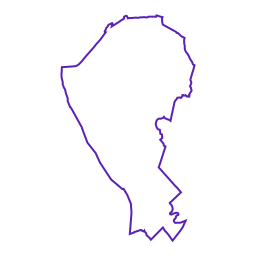 Huehuetlán, San Luis Potosí, Mexico (Robinson projection)
{"feature_id": "50627088B39544004778747", "entity_name": "Huehuetlán", "entity_type": "district", "adm_level": 2, "iso_a3": "MEX", "parent_name": "Mexico", "parent_adm1": "San Luis Potosí", "projection": "robinson", "projection_center": [-98.974, 21.517], "detail": "fine", "context": "isolated", "style": "outline", "palette": "violet", "viewbox_px": 256, "rotation_deg": 0, "n_neighbors": 0, "source": "geoboundaries", "source_scale": "gbopen_adm2", "svg_char_len": 3991}
<svg xmlns="http://www.w3.org/2000/svg" viewBox="0 0 256 256"><path d="M185.7,220.6L184.3,221.2L183.0,221.7L180.7,222.6L180.2,222.7L175.1,222.8L174.4,221.9L173.9,221.2L173.8,220.5L174.0,219.8L174.4,219.3L175.2,218.8L175.3,218.3L175.7,217.9L175.9,217.6L175.9,216.9L176.1,216.4L176.4,215.8L176.8,215.5L177.5,215.2L178.1,215.0L178.4,214.6L178.5,214.2L178.3,213.7L178.1,213.4L177.9,213.2L177.7,213.0L177.4,212.8L176.7,212.8L175.9,212.8L173.5,213.6L172.1,214.3L171.5,214.5L170.4,214.4L170.2,214.1L170.0,213.9L169.9,213.5L170.3,212.8L170.7,212.5L171.3,212.2L171.8,211.7L172.2,211.0L172.5,210.0L172.7,209.2L172.6,208.2L172.5,207.6L172.3,206.8L172.0,206.1L171.8,205.7L171.6,205.1L170.9,204.4L170.4,204.1L170.1,203.6L169.8,203.3L169.8,202.8L170.5,202.2L171.0,201.8L174.9,198.1L181.0,192.3L178.6,189.5L176.9,187.5L175.2,185.9L172.3,182.6L158.7,167.4L159.8,164.3L165.5,146.5L163.9,145.7L163.5,143.6L160.2,139.7L162.3,138.0L162.0,135.7L161.9,134.4L160.4,133.9L159.8,129.7L157.8,129.2L156.5,126.9L155.7,124.2L156.5,120.8L157.6,119.3L159.1,118.6L160.9,118.7L163.1,117.8L163.9,116.8L165.1,118.3L168.4,119.7L168.7,119.7L169.8,120.1L170.5,120.8L174.6,101.8L175.5,100.3L176.5,99.4L176.9,98.5L177.4,97.7L178.1,97.7L179.0,97.5L179.9,97.5L180.2,97.6L180.8,98.0L182.3,96.3L182.4,96.1L182.3,95.2L183.3,95.1L183.5,95.4L183.7,95.5L184.2,95.5L184.6,95.6L185.5,95.1L185.9,95.5L186.7,96.5L187.8,96.3L188.3,96.6L188.6,96.7L189.2,96.7L189.1,96.2L189.2,95.7L189.3,95.4L189.4,95.2L189.0,95.0L189.3,94.2L191.6,90.7L191.4,90.4L191.0,87.8L190.4,87.0L190.2,86.5L190.0,86.2L190.3,85.7L190.7,84.8L191.2,83.5L191.3,82.3L190.4,80.0L190.6,78.8L192.2,73.3L193.1,70.5L193.7,68.5L194.5,65.2L193.4,64.7L193.0,64.4L191.9,61.6L190.8,60.1L190.5,59.7L189.4,57.5L189.1,56.7L188.0,54.5L187.1,53.3L185.9,51.8L185.3,50.5L185.0,49.6L184.7,48.1L184.8,46.1L184.2,43.4L184.1,40.0L184.6,37.9L181.4,36.3L178.0,33.1L177.3,32.9L176.6,32.9L176.1,31.9L162.8,24.6L162.3,22.6L162.0,20.5L162.2,19.9L162.2,19.7L161.9,18.6L162.5,17.1L160.7,16.7L159.3,16.3L156.9,15.4L156.5,15.4L156.3,16.0L156.2,16.7L148.8,16.7L148.4,16.8L147.4,17.3L147.1,17.5L145.6,17.3L144.1,17.1L142.7,17.3L141.9,17.4L140.8,17.3L139.8,17.4L138.5,17.8L136.6,17.7L134.3,17.7L133.2,17.9L128.7,18.1L127.8,18.3L127.1,16.4L126.8,16.1L126.5,15.8L124.3,16.5L123.9,17.6L124.1,18.6L121.8,20.0L120.5,20.8L118.9,22.0L116.8,23.3L113.1,25.6L111.7,26.5L111.9,25.6L112.2,24.2L112.5,23.8L112.4,23.3L112.2,23.1L111.8,23.2L111.6,23.4L111.2,23.6L110.7,23.9L110.1,24.1L109.5,24.3L109.0,24.5L108.6,24.8L108.4,25.0L108.2,25.3L108.0,25.6L107.9,25.9L107.8,26.2L107.6,26.5L107.4,26.7L107.2,27.0L106.9,27.3L106.6,27.6L106.2,28.1L106.0,28.4L106.0,28.8L105.8,29.4L105.7,29.8L105.5,30.0L105.2,30.4L105.0,30.9L104.8,31.1L104.7,31.5L104.7,31.9L104.8,32.2L104.9,32.4L105.6,32.4L105.1,33.1L103.5,35.3L103.2,35.6L102.5,36.7L101.5,38.0L101.3,38.3L100.4,39.5L99.3,40.8L96.6,43.8L96.0,44.5L93.9,47.2L85.6,56.6L81.8,61.3L78.7,64.5L76.0,66.1L71.9,66.5L61.9,67.2L61.8,68.2L61.7,72.0L61.5,72.8L61.5,76.1L61.6,77.5L62.8,82.6L62.6,84.4L63.0,85.2L63.3,85.9L63.6,86.6L63.7,87.4L64.6,88.6L65.2,90.0L66.0,93.7L66.3,94.5L66.8,95.8L67.2,97.0L67.7,98.4L67.7,101.2L70.2,107.3L70.9,107.6L80.8,125.5L81.6,126.9L82.7,130.1L87.4,142.6L95.6,153.0L100.1,162.8L111.1,179.5L122.4,189.1L123.6,188.8L127.4,195.2L128.6,198.2L130.9,203.8L131.5,212.9L129.8,234.0L134.2,232.5L134.2,232.3L134.2,232.1L134.6,231.9L135.5,231.7L136.1,231.6L136.9,231.2L137.4,231.0L138.1,230.9L138.6,230.7L139.3,230.4L140.7,230.0L141.1,230.0L141.3,230.1L141.6,230.5L142.0,230.8L142.5,230.8L143.0,231.1L143.4,231.4L143.6,231.4L143.9,231.3L144.1,231.0L144.2,230.6L144.3,230.5L144.4,230.8L144.5,231.1L144.5,231.3L144.4,231.5L145.5,232.4L145.8,232.6L145.9,233.1L146.2,233.5L146.4,234.5L146.6,235.2L149.9,238.3L150.9,239.7L162.9,227.5L164.5,230.2L164.6,230.5L165.2,231.1L165.3,231.3L165.7,231.5L166.1,232.0L166.4,232.4L166.8,232.8L168.5,234.8L168.8,235.3L172.6,240.6L181.1,229.7L182.9,226.9L184.9,222.2L185.5,221.2L185.7,220.6Z" fill="none" stroke="#5b21b6" stroke-width="2"/></svg>